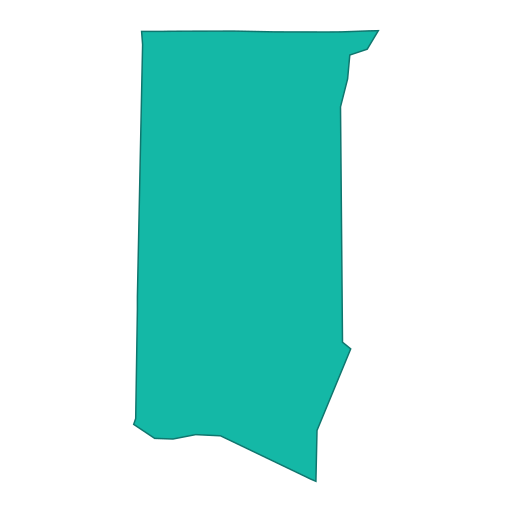 Granville, North Carolina, United States of America
{"feature_id": "52423323B28325681082817", "entity_name": "Granville", "entity_type": "district", "adm_level": 2, "iso_a3": "USA", "parent_name": "United States of America", "parent_adm1": "North Carolina", "projection": "mercator", "projection_center": [-78.632, 36.282], "detail": "fine", "context": "isolated", "style": "filled", "palette": "teal", "viewbox_px": 512, "rotation_deg": 0, "n_neighbors": 0, "source": "geoboundaries", "source_scale": "gbopen_adm2", "svg_char_len": 534}
<svg xmlns="http://www.w3.org/2000/svg" viewBox="0 0 512 512"><path d="M378.3,30.7L368.7,30.9L341.3,31.9L327.6,32.0L325.3,32.0L274.8,31.9L240.3,31.2L234.4,31.1L229.7,31.1L185.0,31.2L168.0,31.3L163.1,31.4L141.6,31.4L142.6,44.6L137.4,296.5L137.4,309.5L137.3,315.8L135.7,418.5L133.7,424.4L154.7,438.4L155.6,438.4L173.0,439.0L195.7,434.6L220.5,435.8L310.7,479.1L315.9,481.3L317.0,430.4L350.7,348.9L342.5,342.2L341.9,270.6L340.5,106.8L347.6,78.9L349.8,55.0L367.2,49.2L378.3,30.7Z" fill="#14b8a6" stroke="#0f766e" stroke-width="1.5"/></svg>